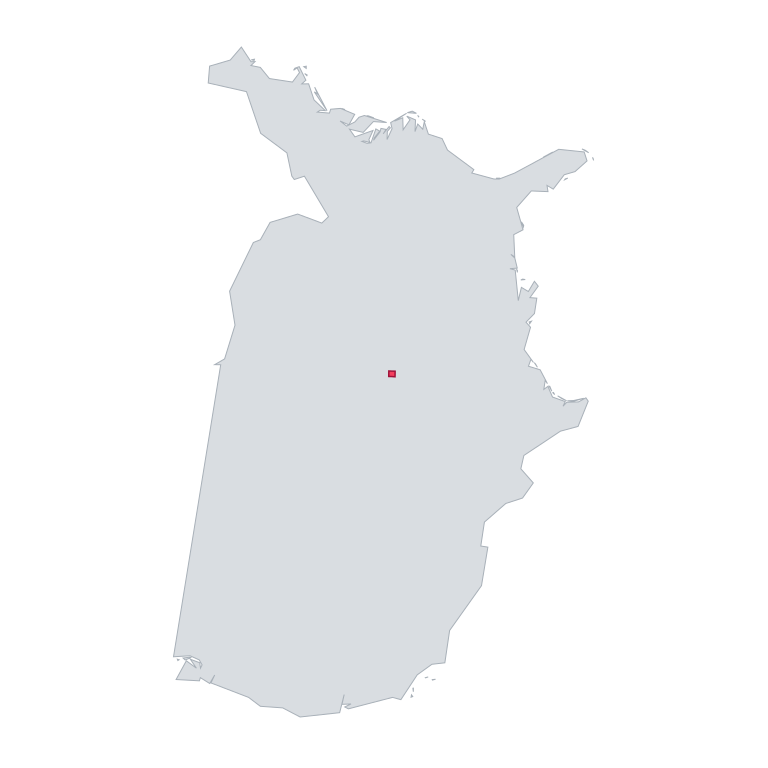 Coffey, Kansas, United States of America (highlighted), rotated 271°
{"feature_id": "52423323B11370315418509", "entity_name": "Coffey", "entity_type": "district", "adm_level": 2, "iso_a3": "USA", "parent_name": "United States of America", "parent_adm1": "Kansas", "projection": "albers", "projection_center": [-95.754, 38.236], "detail": "fine", "context": "in_parent", "style": "filled", "palette": "rose", "viewbox_px": 768, "rotation_deg": 271, "n_neighbors": 0, "source": "geoboundaries", "source_scale": "gbopen_adm2", "svg_char_len": 3933}
<svg xmlns="http://www.w3.org/2000/svg" viewBox="0 0 768 768"><g transform="rotate(271 384 384)"><path d="M632.5,256.3L673.9,241.4L681.9,203.0L698.8,204.1L705.2,224.6L718.4,235.5L703.9,245.4L704.1,249.4L700.1,245.4L698.4,254.8L687.4,264.1L684.3,287.2L693.9,294.1L698.5,291.6L696.1,288.1L698.2,289.4L699.8,293.7L686.4,300.6L682.6,296.5L682.8,303.4L666.8,309.1L656.3,320.5L656.6,315.4L654.7,312.6L653.9,324.7L657.8,325.9L658.8,335.7L653.1,350.0L642.5,344.4L646.2,335.5L641.2,342.2L645.5,350.3L650.3,354.4L652.1,359.7L645.5,382.1L646.2,368.8L635.2,358.8L638.2,345.0L630.6,350.6L637.3,368.6L628.0,364.6L625.3,365.8L626.7,359.5L626.2,357.7L624.3,362.9L624.9,366.8L638.9,371.4L636.8,375.3L629.9,370.0L627.5,369.3L636.1,375.7L639.5,376.5L638.6,381.6L634.1,378.8L641.5,384.6L640.2,385.9L636.6,382.9L628.5,382.8L639.4,387.6L645.5,386.1L655.1,401.9L647.0,389.9L650.5,398.1L638.5,398.7L648.6,405.4L652.2,402.1L648.6,410.9L636.9,410.6L644.5,413.2L639.4,418.3L646.9,419.7L634.6,424.0L630.4,437.8L619.0,443.4L599.9,470.1L596.5,468.1L590.9,490.3L590.9,495.5L597.1,510.8L621.7,554.6L619.5,580.1L610.6,583.1L599.7,571.3L596.4,560.6L581.8,549.8L585.4,543.5L579.2,544.6L579.6,527.9L562.8,513.6L540.6,520.3L535.6,511.1L513.3,512.5L515.8,508.6L512.2,512.6L502.2,515.2L501.5,507.9L500.2,513.2L469.7,516.8L483.0,519.7L479.0,526.7L489.3,532.6L484.5,536.5L472.9,528.4L472.5,535.3L457.1,533.2L448.3,524.9L443.3,529.5L420.9,523.5L408.1,533.1L411.3,530.5L404.3,528.1L400.9,539.9L387.2,547.4L390.4,545.1L381.4,543.9L384.5,547.9L373.9,552.7L369.6,565.5L364.9,563.4L368.9,567.0L369.5,578.8L373.7,586.1L370.4,588.5L345.0,578.8L339.9,561.2L315.0,525.1L301.6,522.3L287.7,535.0L272.4,524.5L266.7,507.9L247.7,486.8L223.7,483.6L222.7,490.7L184.1,485.0L138.7,453.9L106.3,449.7L104.6,436.8L93.8,422.3L68.7,406.4L70.8,397.9L58.6,354.1L60.4,350.4L63.5,356.6L63.0,347.6L72.8,349.6L54.6,345.4L49.6,305.9L58.4,288.4L59.6,266.0L68.3,254.1L82.1,216.2L90.1,219.8L81.5,215.0L87.2,205.5L84.0,204.6L84.9,181.3L103.8,191.2L96.6,201.4L105.4,195.2L102.1,204.6L96.7,205.5L100.0,207.0L104.9,204.1L108.9,194.8L107.6,178.3L400.4,220.4L400.4,214.4L406.3,224.2L440.2,234.0L474.1,228.0L523.2,250.9L526.1,257.9L543.6,267.3L552.4,294.7L543.8,319.0L550.3,325.6L590.4,300.8L586.9,290.7L590.3,288.2L613.4,282.9L632.5,256.3ZM672.8,312.5L679.6,309.5L656.2,322.3L674.9,309.2L672.8,312.5ZM106.5,187.9L107.5,194.8L107.0,195.7L104.6,190.0L106.5,187.9ZM373.2,584.0L370.0,573.6L370.4,567.6L370.8,573.9L373.2,584.0ZM705.8,245.6L706.5,248.8L705.3,248.5L705.8,245.6ZM448.6,528.0L449.4,530.4L446.8,528.6L448.6,528.0ZM76.8,418.7L80.3,418.2L80.4,418.7L76.8,418.7ZM73.7,416.9L72.0,418.2L71.3,416.5L73.7,416.9ZM693.0,299.3L691.6,301.8L690.9,301.5L693.0,299.3ZM372.4,562.2L370.4,566.9L375.2,557.8L372.4,562.2ZM614.1,540.1L618.9,548.7L613.4,539.3L614.1,540.1ZM91.1,430.5L91.9,433.3L90.9,430.7L91.1,430.5ZM621.2,581.2L618.8,584.6L622.5,577.8L621.2,581.2ZM657.3,407.5L655.2,411.7L655.7,402.6L657.3,407.5ZM105.2,182.2L104.7,183.9L103.9,182.7L105.2,182.2ZM384.6,549.8L379.7,551.9L384.7,549.1L384.6,549.8ZM699.9,298.3L700.4,300.7L698.2,300.7L699.9,298.3ZM89.3,437.4L89.7,440.7L88.8,437.6L89.3,437.4ZM378.5,553.6L376.4,554.8L378.2,552.9L378.5,553.6ZM651.8,363.8L649.9,369.3L651.9,361.9L651.8,363.8ZM406.6,535.2L403.4,537.1L408.0,533.9L406.6,535.2ZM591.8,492.6L591.8,496.6L591.1,493.9L591.8,492.6ZM648.0,420.1L647.2,421.0L649.5,417.5L648.0,420.1ZM548.6,518.5L545.1,520.9L543.5,520.7L548.6,518.5ZM500.7,514.7L500.1,515.4L497.9,515.4L500.7,514.7ZM592.2,561.6L593.1,564.2L591.4,561.1L592.2,561.6ZM491.3,520.8L490.9,523.4L490.4,519.0L491.3,520.8ZM613.4,589.1L611.2,589.7L614.2,588.5L613.4,589.1ZM658.6,337.6L657.7,340.3L658.6,336.5L658.6,337.6ZM653.1,412.9L652.1,414.1L651.8,414.0L653.1,412.9Z" fill="#d9dde1" stroke="#a8b0b8" stroke-width="1"/><path d="M391.5,392.8L391.4,394.9L397.0,394.9L397.0,391.4L397.1,389.3L397.1,388.6L391.6,388.6L391.6,391.4L391.5,392.8Z" fill="#f43f5e" stroke="#9f1239" stroke-width="1.5"/></g></svg>